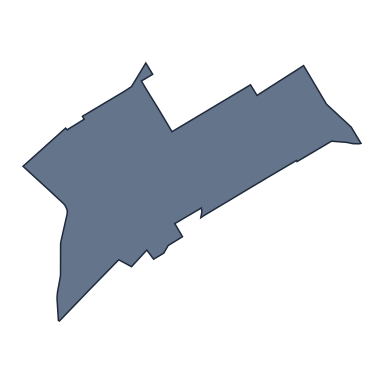 Presidente Perón, Buenos Aires, Argentina (Robinson projection)
{"feature_id": "61730980B23857431741611", "entity_name": "Presidente Perón", "entity_type": "district", "adm_level": 2, "iso_a3": "ARG", "parent_name": "Argentina", "parent_adm1": "Buenos Aires", "projection": "robinson", "projection_center": [-58.406, -34.942], "detail": "fine", "context": "isolated", "style": "filled", "palette": "slate", "viewbox_px": 384, "rotation_deg": 0, "n_neighbors": 0, "source": "geoboundaries", "source_scale": "gbopen_adm2", "svg_char_len": 795}
<svg xmlns="http://www.w3.org/2000/svg" viewBox="0 0 384 384"><path d="M23.0,166.3L49.3,190.4L63.8,203.9L65.2,205.7L66.2,207.8L67.0,209.7L67.3,211.6L67.1,214.1L60.9,241.6L60.6,243.5L60.5,275.2L60.2,277.4L57.5,292.1L57.2,295.0L57.0,298.5L58.4,320.4L59.4,321.0L89.5,289.7L118.7,259.8L131.5,266.7L146.8,250.1L153.6,259.2L163.8,253.1L168.2,245.5L182.5,236.7L174.8,223.6L201.3,208.0L201.9,211.6L200.8,217.7L203.2,216.0L267.0,177.8L296.4,160.5L297.0,161.6L331.5,141.2L346.7,142.4L353.2,143.7L359.1,143.8L361.0,143.4L351.2,127.1L326.5,104.2L303.6,65.6L257.0,95.4L250.5,84.8L221.5,102.1L172.0,131.7L158.0,108.2L150.0,95.3L146.4,89.4L141.4,81.0L152.7,74.3L145.8,63.0L131.5,86.6L124.4,91.3L82.4,116.3L84.2,119.2L67.1,129.8L65.6,128.1L23.0,166.3Z" fill="#64748b" stroke="#1e293b" stroke-width="1.5"/></svg>